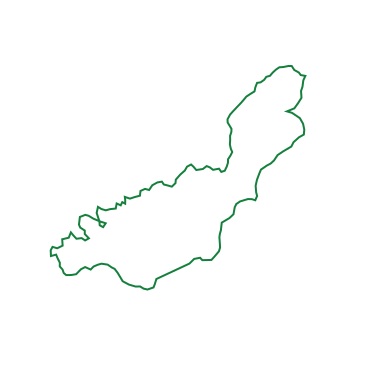 the district of Santo Antônio do Paraíso, Paraná, Brazil, rotated 242°
{"feature_id": "56859067B65218837854704", "entity_name": "Santo Antônio do Paraíso", "entity_type": "district", "adm_level": 2, "iso_a3": "BRA", "parent_name": "Brazil", "parent_adm1": "Paraná", "projection": "orthographic", "projection_center": [-50.621, -23.583], "detail": "fine", "context": "isolated", "style": "outline", "palette": "green", "viewbox_px": 384, "rotation_deg": 242, "n_neighbors": 0, "source": "geoboundaries", "source_scale": "gbopen_adm2", "svg_char_len": 2300}
<svg xmlns="http://www.w3.org/2000/svg" viewBox="0 0 384 384"><g transform="rotate(242 192 192)"><path d="M209.7,96.5L214.9,92.3L219.5,89.6L221.9,87.1L222.6,81.3L216.3,76.9L213.1,76.6L208.3,79.2L205.2,77.6L199.5,79.2L199.4,74.9L203.1,72.9L205.0,68.0L209.2,66.9L213.2,66.1L209.5,61.7L211.2,55.2L205.4,52.6L205.6,46.6L209.0,43.1L206.9,39.9L201.7,37.4L200.5,42.6L196.2,42.2L191.6,42.1L188.3,40.3L184.3,41.3L180.7,40.7L177.7,41.9L175.4,46.4L173.8,51.1L175.9,57.6L175.9,62.4L171.1,66.1L172.4,70.1L172.0,74.7L171.2,78.4L167.5,83.4L163.1,85.7L160.4,87.6L155.5,88.4L150.3,88.7L145.7,88.9L139.8,92.9L135.0,97.8L133.0,101.8L129.4,103.9L126.8,106.9L125.8,113.2L128.2,116.0L131.9,119.7L130.0,156.2L131.9,162.5L130.1,168.3L127.0,169.1L124.6,173.8L122.9,177.3L124.5,181.7L127.0,188.0L129.8,190.7L133.4,192.4L139.3,195.0L142.1,197.1L144.6,199.5L151.0,203.9L151.4,212.8L152.9,218.2L158.4,222.5L160.6,225.5L161.1,230.1L159.5,238.1L157.5,241.6L155.0,244.0L157.9,247.6L161.6,248.5L167.6,251.1L172.2,255.0L176.2,259.5L179.4,263.4L180.2,270.4L180.2,274.9L181.4,279.3L184.4,284.9L185.1,291.8L185.5,301.1L188.3,305.0L190.1,312.3L190.2,317.7L194.3,320.4L200.1,322.1L206.6,321.9L214.9,317.5L218.6,313.7L217.8,321.6L220.6,327.3L223.8,332.9L230.0,335.7L233.0,338.9L238.3,342.7L241.3,346.6L244.2,342.9L247.4,342.4L251.7,339.6L256.4,339.2L258.0,336.3L259.5,331.2L261.1,327.7L260.7,323.8L259.5,319.2L258.0,315.4L258.8,311.7L257.2,308.5L256.6,304.1L257.8,300.7L254.8,297.2L251.5,294.4L251.1,288.7L250.7,284.7L249.2,281.1L247.8,277.5L246.0,272.0L244.2,266.7L242.5,262.0L239.5,257.5L236.6,256.1L233.2,256.3L229.2,256.5L226.5,254.9L223.7,252.0L219.8,250.0L216.3,247.8L212.1,246.6L208.4,246.3L206.0,242.9L204.0,239.2L201.1,237.6L198.2,234.7L195.4,230.9L196.0,227.3L199.9,226.8L201.7,221.0L205.4,219.3L208.0,217.1L207.2,212.4L209.4,206.1L213.6,205.2L216.7,204.1L216.7,199.5L214.3,195.7L212.9,189.8L210.5,183.5L207.6,181.6L206.2,176.7L209.0,173.8L211.9,170.6L215.3,170.3L216.7,165.9L216.6,160.1L213.9,155.1L216.8,152.0L217.1,147.0L213.2,144.3L214.4,139.2L215.3,134.1L219.2,130.4L216.1,129.2L213.1,127.5L215.8,125.7L213.7,122.8L217.2,120.1L213.2,116.9L215.3,111.7L216.3,107.3L219.4,104.1L223.0,102.0L218.3,98.0L209.7,96.5ZM209.7,96.5L204.9,101.1L202.7,97.0L205.9,94.9L209.7,96.5Z" fill="none" stroke="#15803d" stroke-width="2"/></g></svg>